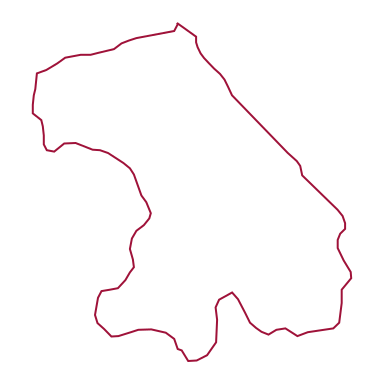 Gangneung-si, Gangwon, South Korea
{"feature_id": "91817680B99242230797556", "entity_name": "Gangneung-si", "entity_type": "district", "adm_level": 2, "iso_a3": "KOR", "parent_name": "South Korea", "parent_adm1": "Gangwon", "projection": "robinson", "projection_center": [128.801, 37.705], "detail": "fine", "context": "isolated", "style": "outline", "palette": "rose", "viewbox_px": 384, "rotation_deg": 0, "n_neighbors": 0, "source": "geoboundaries", "source_scale": "gbopen_adm2", "svg_char_len": 1405}
<svg xmlns="http://www.w3.org/2000/svg" viewBox="0 0 384 384"><path d="M36.9,73.4L35.3,89.1L33.8,95.3L32.8,104.8L32.8,112.9L32.8,113.4L41.3,120.1L42.8,126.3L43.8,135.4L43.8,144.4L46.8,150.2L54.2,151.6L64.2,143.5L75.6,143.0L92.6,149.7L100.0,150.2L108.0,153.0L123.4,163.0L129.9,168.3L133.9,174.5L141.4,195.5L146.3,202.2L150.8,213.2L149.3,218.4L143.9,225.1L136.4,230.8L131.9,238.5L129.9,249.0L132.9,259.5L133.9,267.2L129.9,272.4L125.4,280.1L117.9,288.2L109.9,289.7L101.5,291.1L98.0,297.8L95.0,315.0L95.2,315.6L97.5,323.1L104.0,328.9L111.4,336.5L118.4,336.1L130.9,332.2L138.3,329.8L151.3,329.4L165.8,332.7L174.2,338.9L177.7,349.0L181.7,350.4L188.2,361.0L196.7,360.5L207.1,355.2L216.1,342.3L217.1,319.8L215.6,307.4L219.1,299.7L232.1,292.5L238.0,299.2L245.0,312.6L250.0,322.7L256.0,327.9L261.5,331.8L268.5,334.6L276.4,329.8L285.4,328.4L293.7,333.7L297.4,336.1L307.8,332.2L333.3,328.4L339.2,322.7L341.7,303.0L341.7,289.7L351.2,278.2L350.7,272.0L343.7,260.5L337.7,248.1L337.7,239.9L340.2,233.7L345.1,228.9L345.1,223.2L342.6,216.0L337.6,209.8L302.2,175.4L300.2,165.9L296.8,161.1L287.8,153.0L232.0,95.3L228.0,86.7L224.5,79.6L220.0,73.9L214.1,68.6L208.6,62.9L204.1,58.1L200.6,53.4L197.6,47.2L196.1,42.4L196.1,36.7L177.0,23.0L177.7,24.3L174.2,31.0L136.4,38.1L129.0,40.5L121.5,43.4L114.0,49.1L98.1,52.9L90.6,54.8L80.7,54.8L65.2,57.7L57.3,63.4L46.3,70.0L36.9,73.4Z" fill="none" stroke="#9f1239" stroke-width="2"/></svg>